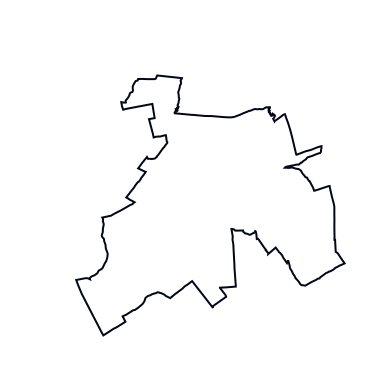 the district of Bira, Neamt, Romania, rotated 342°
{"feature_id": "2599482B54289612077221", "entity_name": "Bira", "entity_type": "district", "adm_level": 2, "iso_a3": "ROU", "parent_name": "Romania", "parent_adm1": "Neamt", "projection": "mercator", "projection_center": [27.049, 47.027], "detail": "fine", "context": "isolated", "style": "outline", "palette": "ink", "viewbox_px": 384, "rotation_deg": 342, "n_neighbors": 0, "source": "geoboundaries", "source_scale": "gbopen_adm2", "svg_char_len": 5950}
<svg xmlns="http://www.w3.org/2000/svg" viewBox="0 0 384 384"><g transform="rotate(342 192 192)"><path d="M315.1,307.1L314.4,304.6L314.1,304.0L313.2,300.8L311.8,295.7L311.5,295.0L310.2,293.3L313.3,281.7L312.7,281.6L312.9,280.6L313.5,279.3L314.4,276.3L316.5,269.5L319.1,261.7L320.2,258.1L322.8,250.1L323.2,247.2L323.6,240.0L324.0,235.8L324.1,234.1L324.7,228.8L322.9,228.6L311.8,228.7L308.6,228.6L308.5,225.5L307.2,217.9L306.7,217.7L306.0,215.3L305.9,214.1L305.8,213.8L304.7,213.1L304.2,212.4L304.1,212.0L304.0,211.1L302.9,208.9L302.8,208.4L302.2,205.4L301.5,204.2L300.2,203.0L298.3,202.1L294.9,199.7L294.4,199.5L291.1,198.9L289.8,198.3L287.8,197.6L288.3,197.3L289.7,197.1L291.9,197.4L294.9,197.7L296.7,198.0L299.6,198.2L301.1,198.6L301.9,198.9L302.3,198.9L303.1,198.3L304.1,198.3L304.9,197.7L305.5,197.9L306.8,197.2L310.7,196.0L312.0,195.0L312.7,194.8L317.9,194.8L321.0,194.5L325.0,194.4L325.8,194.6L326.5,194.2L327.2,193.3L327.8,191.8L328.8,189.9L329.3,188.4L327.9,188.3L324.1,188.3L320.4,188.6L317.7,188.7L312.4,188.4L303.0,188.9L302.7,188.6L304.2,170.3L304.6,163.1L304.7,155.7L304.5,151.6L304.4,146.7L303.1,146.7L301.8,147.1L297.9,148.5L292.6,150.1L292.3,150.4L291.8,147.5L292.5,147.2L294.2,145.6L294.4,145.2L294.3,144.3L294.2,144.0L293.3,143.0L292.8,142.3L292.3,142.7L292.1,143.0L292.2,143.3L292.7,143.8L292.7,144.0L292.0,144.1L291.4,144.3L290.9,144.1L290.8,143.8L291.2,143.0L291.3,142.7L291.1,142.6L290.7,142.6L290.4,142.5L290.3,142.1L290.6,141.2L290.7,140.7L290.0,140.4L289.8,139.9L290.6,139.1L290.0,138.9L289.9,138.6L290.6,138.4L290.8,138.1L290.5,136.9L291.3,136.7L291.2,136.4L291.3,136.2L292.1,136.0L292.3,135.6L292.3,135.4L292.1,135.3L289.6,134.7L289.0,134.4L287.1,134.6L285.5,135.1L284.6,135.0L282.8,134.5L281.9,133.8L280.0,133.7L278.0,132.7L276.8,132.5L275.1,132.5L272.8,132.8L271.5,132.5L270.9,132.5L269.8,132.7L265.6,132.9L261.3,133.4L256.9,133.6L255.1,133.6L252.6,133.2L249.2,132.1L244.4,130.2L234.5,126.0L227.6,123.6L217.3,119.2L214.7,118.2L212.7,117.3L199.9,111.8L200.0,111.0L200.3,110.7L200.6,110.7L201.2,110.8L201.6,110.5L201.7,110.1L202.2,110.1L202.4,109.7L202.6,109.7L202.9,110.2L203.1,110.3L203.4,110.1L203.5,109.6L203.4,109.5L203.1,109.4L202.2,109.6L201.8,109.5L201.8,109.2L202.5,109.1L202.5,108.9L202.2,108.4L202.2,108.1L202.5,108.1L203.0,108.6L203.2,108.0L203.3,107.9L203.9,108.4L204.2,108.1L204.4,108.1L204.5,107.8L204.2,107.3L205.4,107.1L205.6,106.6L205.5,106.4L205.0,105.9L205.1,105.0L206.0,104.0L206.8,103.0L207.4,101.5L208.8,99.3L208.7,98.0L208.9,97.2L209.2,96.3L209.4,95.6L209.6,93.1L210.0,92.5L211.5,90.5L212.7,88.6L213.5,86.9L214.5,86.2L215.2,85.1L215.5,84.3L215.5,83.2L215.6,82.5L215.7,82.3L216.7,81.7L217.6,80.6L194.9,70.4L192.6,73.0L191.6,73.2L184.5,70.9L179.7,69.1L175.7,67.9L174.8,69.2L174.5,69.2L173.8,69.0L172.7,69.1L169.7,71.6L168.3,73.3L167.8,74.5L167.3,76.8L166.9,77.7L166.3,78.4L164.3,78.5L163.6,78.8L162.1,80.9L161.0,82.0L159.3,83.3L157.7,84.2L157.1,84.7L156.9,85.4L156.8,86.4L156.1,86.3L154.5,85.8L152.5,84.6L152.4,84.9L152.3,86.2L151.9,89.0L152.0,90.9L152.0,92.5L154.1,92.5L160.6,93.3L181.5,96.0L179.3,110.2L173.6,109.4L172.8,124.3L172.4,128.3L174.7,128.3L177.4,128.9L178.8,129.4L182.4,129.6L184.7,129.9L184.4,131.9L183.6,136.1L183.9,136.6L183.8,137.5L183.5,137.8L180.5,139.8L179.3,140.8L178.1,141.3L171.5,146.2L170.0,147.0L169.4,147.7L169.0,147.9L168.4,148.0L167.8,148.5L167.3,148.6L166.1,148.6L164.1,148.2L161.1,147.0L160.4,146.9L160.2,146.4L160.0,144.8L156.1,147.3L155.8,147.6L154.4,148.4L152.1,150.0L150.7,151.1L148.1,152.9L153.2,157.8L154.2,158.5L152.7,159.8L149.7,161.9L148.5,162.6L147.5,163.4L147.2,163.9L145.2,165.4L144.6,165.7L143.2,166.1L139.7,168.5L138.5,169.7L133.4,173.0L133.2,173.2L132.0,174.1L131.4,174.4L127.8,176.9L129.4,178.6L129.8,179.3L130.8,180.5L132.0,181.6L134.2,184.0L132.8,184.4L132.3,184.7L131.9,185.1L129.1,185.3L124.1,186.4L118.8,187.5L111.1,188.7L107.7,189.5L98.8,188.6L99.0,189.3L99.0,190.3L98.8,191.0L98.2,192.2L98.2,194.5L98.1,195.3L97.9,195.9L96.0,199.2L95.2,201.4L94.5,203.0L93.5,204.3L92.7,205.7L92.6,206.6L92.8,207.2L93.7,209.3L93.7,209.9L93.3,211.6L93.4,215.0L93.3,216.2L92.6,218.9L92.8,224.1L92.6,224.9L92.2,226.1L91.0,228.4L89.0,231.3L87.0,232.9L84.6,235.5L83.1,236.9L81.9,237.4L79.0,237.9L77.1,239.8L76.2,240.3L74.9,240.6L73.4,241.1L71.0,241.2L69.8,241.5L68.2,242.2L68.0,242.9L68.0,243.5L66.4,242.0L65.0,241.3L63.5,241.0L54.7,239.9L54.9,245.2L55.7,255.0L62.5,296.5L63.4,301.0L75.7,297.7L78.0,297.5L88.6,294.8L87.6,288.8L91.9,288.3L99.4,286.3L101.4,286.5L104.8,285.5L108.4,284.1L110.6,283.1L112.9,281.3L114.9,278.5L116.1,277.9L118.0,277.3L120.9,277.3L122.0,276.9L122.6,276.9L125.7,276.9L126.5,277.1L128.4,276.7L131.8,279.0L133.9,281.0L135.0,282.8L138.5,286.2L144.8,283.7L147.8,282.8L148.3,282.5L153.0,281.0L155.9,279.5L156.6,279.4L157.5,279.0L158.5,278.9L164.6,276.8L176.2,308.8L176.4,307.1L192.1,302.2L192.0,300.2L188.9,291.7L189.0,291.6L194.8,293.2L204.4,295.5L204.7,294.6L208.8,277.9L209.5,275.6L215.2,254.2L215.8,249.8L217.0,246.9L218.1,239.3L218.5,239.4L220.4,240.6L220.7,241.1L220.9,241.8L221.2,242.1L228.7,244.4L228.5,245.4L228.6,246.1L229.4,246.9L229.5,247.5L229.9,247.9L231.1,248.5L232.0,249.1L233.1,250.2L233.7,250.5L234.4,250.6L236.9,250.1L238.5,250.0L239.2,249.5L240.0,248.7L240.4,249.3L240.2,251.7L239.1,256.7L240.1,256.7L240.6,257.5L243.3,266.6L244.4,269.8L244.1,269.8L244.0,270.1L244.5,270.8L244.9,272.2L245.5,273.2L245.6,273.9L245.3,274.6L254.4,270.7L256.0,275.3L256.1,276.0L257.1,277.4L258.2,280.3L258.6,283.4L259.2,284.8L259.5,286.1L260.3,289.0L261.8,287.2L262.3,287.4L262.1,292.1L261.7,294.5L261.8,295.6L262.0,296.5L262.4,297.4L262.8,300.9L263.6,303.7L263.9,305.4L263.8,306.0L264.0,306.3L265.5,309.4L266.2,311.7L266.3,312.5L267.0,314.0L267.4,314.5L268.7,314.9L270.7,316.1L277.7,314.6L283.0,313.9L284.8,313.3L286.4,313.6L286.9,313.4L287.6,312.8L294.5,310.5L296.4,310.4L297.6,310.0L298.4,310.2L300.5,309.9L301.7,309.7L303.6,309.1L304.8,308.4L307.1,308.2L307.9,307.9L309.9,307.6L315.1,307.1Z" fill="none" stroke="#020617" stroke-width="2"/></g></svg>